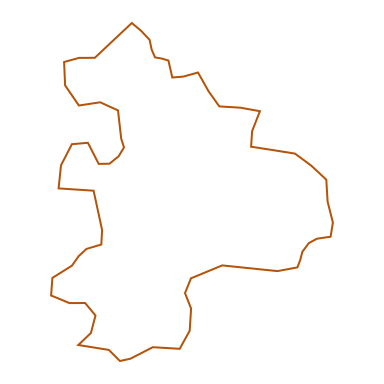 map outline of Sîngerei (Natural Earth projection)
{"feature_id": "MDA-1622", "entity_name": "Sîngerei", "entity_type": "District", "adm_level": 1, "iso_a3": "MDA", "parent_name": "Moldova", "parent_adm1": "", "projection": "natural_earth1", "projection_center": [28.121, 47.671], "detail": "fine", "context": "isolated", "style": "outline", "palette": "amber", "viewbox_px": 384, "rotation_deg": 0, "n_neighbors": 0, "source": "natural_earth", "source_scale": "10m", "svg_char_len": 905}
<svg xmlns="http://www.w3.org/2000/svg" viewBox="0 0 384 384"><path d="M64.1,62.0L79.0,57.9L94.8,57.8L131.8,23.0L141.3,31.0L149.6,39.9L151.7,49.7L155.0,57.4L161.5,58.5L168.4,60.5L172.3,77.5L183.3,76.6L198.0,72.5L208.7,91.5L219.3,106.4L240.5,107.7L259.9,111.2L252.1,131.2L251.1,146.7L295.0,153.6L311.3,165.7L326.3,179.7L327.6,201.6L332.9,222.6L330.6,236.7L317.0,238.7L308.8,243.1L302.4,251.7L300.2,260.1L297.4,267.4L277.4,271.1L222.2,265.4L191.0,278.3L185.0,293.1L191.1,308.6L189.7,330.7L179.7,348.8L152.8,347.2L130.4,358.7L119.9,361.0L108.8,349.9L78.3,345.0L90.9,333.0L95.5,315.5L85.1,303.0L69.4,303.1L51.1,295.5L52.4,277.9L71.9,265.7L78.7,256.1L86.5,248.9L101.3,244.5L102.1,230.1L93.6,190.7L58.6,188.4L61.0,165.3L71.9,144.2L87.9,142.8L98.7,163.9L109.5,163.7L118.7,156.2L124.0,147.4L121.2,138.6L118.0,110.4L100.2,102.3L78.9,105.5L65.1,85.4L64.1,62.0Z" fill="none" stroke="#b45309" stroke-width="2"/></svg>